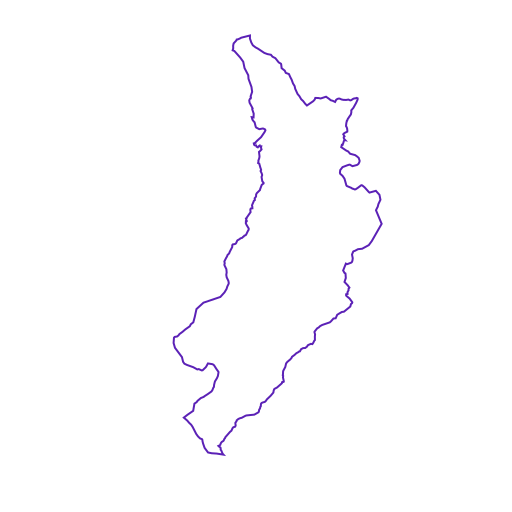 outline of Campeni, Alba, Romania, rotated 204°
{"feature_id": "2599482B40303754210637", "entity_name": "Campeni", "entity_type": "district", "adm_level": 2, "iso_a3": "ROU", "parent_name": "Romania", "parent_adm1": "Alba", "projection": "orthographic", "projection_center": [23.042, 46.415], "detail": "fine", "context": "isolated", "style": "outline", "palette": "violet", "viewbox_px": 512, "rotation_deg": 204, "n_neighbors": 0, "source": "geoboundaries", "source_scale": "gbopen_adm2", "svg_char_len": 6101}
<svg xmlns="http://www.w3.org/2000/svg" viewBox="0 0 512 512"><g transform="rotate(204 256 256)"><path d="M358.3,449.4L359.0,448.4L360.5,446.7L361.7,445.9L361.6,445.0L362.9,441.1L362.4,438.8L361.3,436.5L361.0,434.4L359.2,434.5L357.4,433.7L351.2,430.9L346.7,428.3L342.9,423.0L336.6,418.0L334.9,414.8L328.9,408.6L326.3,404.4L325.9,400.1L325.7,399.3L325.2,399.0L325.1,398.2L324.9,397.8L325.4,397.3L325.5,396.3L325.4,395.3L324.2,393.4L319.4,389.7L319.1,389.4L319.3,388.8L319.1,388.5L316.0,385.1L314.6,381.6L316.4,381.1L314.7,379.1L312.8,378.0L311.7,377.6L308.7,373.8L308.0,373.4L304.6,373.2L301.7,375.2L301.0,375.4L299.1,375.3L298.5,374.6L298.6,372.6L299.7,366.6L301.8,361.9L302.8,359.3L302.6,359.0L303.8,358.0L303.0,356.9L302.3,356.6L300.9,357.1L299.9,356.1L298.5,356.0L298.0,357.7L297.5,358.5L296.7,357.8L295.8,358.3L295.5,357.0L294.3,355.6L295.0,353.5L295.6,352.3L293.4,348.6L293.1,347.8L292.8,346.4L292.6,344.0L292.1,343.1L291.9,341.8L290.6,341.7L288.6,339.3L288.4,339.0L287.0,337.5L286.3,336.7L286.4,335.5L284.6,334.0L283.5,332.8L283.2,332.1L283.1,330.5L280.7,326.9L278.7,325.8L278.6,325.3L278.9,324.8L279.7,323.3L279.4,318.6L279.2,317.9L280.8,313.8L280.9,312.8L280.9,312.2L280.2,310.5L280.3,309.5L280.7,308.2L279.8,306.7L280.4,305.5L280.3,304.1L280.3,301.1L280.1,300.3L279.5,299.7L278.7,298.1L280.1,297.2L280.1,296.3L279.6,295.2L278.8,293.9L280.1,287.2L279.9,286.6L280.4,286.1L279.0,284.4L278.6,284.2L278.7,283.6L279.3,283.5L278.6,281.7L276.9,280.3L274.3,278.5L273.7,277.9L273.4,276.8L273.6,275.5L273.7,271.8L273.9,270.8L274.9,269.9L275.2,268.7L275.6,268.3L275.9,267.3L276.2,266.8L277.4,265.8L277.8,264.8L279.3,262.8L279.4,262.3L279.4,259.7L279.7,258.8L280.7,257.9L281.8,257.3L282.0,256.8L282.1,256.2L281.4,254.7L281.4,254.0L281.7,249.2L281.6,247.8L281.7,247.1L282.4,245.4L282.3,243.7L282.5,242.2L282.7,238.2L281.6,236.6L281.4,235.3L281.0,234.7L277.7,231.9L276.1,229.0L275.5,226.7L274.1,224.6L271.1,222.0L270.0,220.4L269.7,219.6L269.8,216.4L269.5,214.0L270.0,209.9L271.9,204.1L285.0,192.0L288.8,183.3L287.2,175.6L286.3,169.9L287.8,167.1L287.9,164.9L290.7,160.2L292.3,156.8L294.2,153.5L294.5,152.0L295.3,150.4L297.4,149.0L297.7,148.0L295.9,143.0L292.7,139.2L282.5,133.5L279.6,129.7L277.6,128.5L274.8,128.4L268.1,128.9L263.5,128.5L262.3,129.4L259.0,129.4L258.3,129.9L256.7,133.8L256.5,134.7L256.2,138.3L252.0,139.4L250.8,139.4L249.7,139.0L246.4,136.8L243.2,134.9L242.9,134.4L242.0,130.8L242.0,128.4L242.5,124.7L241.9,121.3L241.2,119.3L241.4,118.4L241.3,115.6L241.6,114.1L243.9,110.2L246.2,106.7L246.4,106.1L248.6,103.8L250.5,99.9L250.8,98.3L252.2,96.1L250.4,89.0L254.0,83.1L256.2,79.0L251.9,77.7L249.2,76.4L246.6,75.5L244.4,74.1L238.2,69.1L235.6,67.6L232.9,66.6L230.8,66.7L230.2,66.2L229.5,65.0L228.1,63.2L224.9,59.8L219.9,57.0L216.2,57.8L211.6,59.5L204.9,61.3L206.2,61.9L208.6,64.2L209.3,64.5L209.7,65.0L210.2,66.2L210.7,66.6L212.7,67.0L213.1,67.2L212.2,68.2L211.8,69.0L212.0,70.2L211.9,71.3L211.6,72.3L210.6,73.8L210.5,74.4L210.5,76.2L210.2,77.0L210.3,77.9L210.1,78.6L208.2,84.8L207.4,86.4L207.4,89.1L207.2,89.9L207.0,90.4L205.7,91.5L205.6,92.2L205.7,93.0L206.7,94.6L207.0,95.3L206.6,97.1L206.8,98.0L205.8,100.0L204.4,101.5L203.3,102.3L200.6,105.8L199.8,106.5L193.0,110.4L190.2,114.2L190.1,115.0L190.6,116.9L190.5,117.7L190.3,118.1L190.7,120.0L190.5,120.6L191.3,122.9L191.1,124.0L190.3,124.9L188.6,126.3L188.0,127.8L187.8,129.3L185.8,134.2L184.6,138.3L185.1,140.2L185.2,141.4L185.1,142.1L183.3,144.4L180.6,150.3L180.9,151.3L180.7,151.6L179.6,152.2L179.6,152.8L182.0,156.1L182.4,157.5L183.1,158.0L183.2,158.8L184.2,161.3L184.4,162.3L184.1,166.5L184.8,170.1L184.2,172.4L183.7,173.1L183.4,174.0L182.8,175.0L182.1,177.2L182.1,178.6L180.6,181.2L179.6,183.6L178.2,185.4L177.8,186.3L177.1,186.8L176.9,189.2L175.5,191.0L173.6,192.0L172.5,194.1L172.4,195.4L172.0,196.0L170.1,198.1L168.7,198.4L168.4,199.7L168.3,202.3L168.0,203.2L169.4,206.2L170.2,208.5L171.7,210.3L171.7,210.9L170.7,214.8L169.6,216.3L169.0,217.9L167.5,219.9L161.6,225.4L160.9,226.9L159.8,230.4L157.9,231.5L157.9,235.4L154.9,239.7L153.0,240.9L149.3,248.2L149.7,250.7L149.1,251.9L149.1,252.6L149.2,252.9L153.2,255.2L157.1,256.3L157.6,256.6L158.1,257.7L156.9,258.6L157.6,259.9L157.7,260.4L157.5,262.3L158.1,263.6L157.8,265.1L159.3,265.9L159.8,266.3L164.6,268.3L165.0,272.4L167.0,276.2L167.3,276.5L168.2,276.5L170.5,278.2L170.8,285.6L169.7,285.5L169.2,285.8L166.3,288.7L166.0,289.3L165.9,289.9L166.1,291.3L166.7,293.3L168.9,296.4L169.0,299.6L168.6,300.2L167.8,300.9L165.6,303.7L162.0,305.8L157.4,311.8L156.3,316.7L154.3,336.5L165.0,346.6L164.9,349.9L164.8,350.4L165.3,353.2L165.2,358.0L168.1,362.1L173.0,364.3L178.1,360.1L178.9,360.3L184.7,362.9L187.6,363.7L188.6,363.5L190.8,359.5L192.1,357.5L192.7,357.0L194.8,356.9L195.3,356.7L196.5,357.0L201.4,356.9L202.1,357.2L206.6,362.6L209.5,364.4L212.6,365.4L213.2,366.2L214.0,368.7L213.1,372.4L209.5,376.0L207.9,377.4L207.4,377.6L204.4,377.3L200.8,380.2L200.2,381.1L199.8,382.1L199.8,384.3L200.1,385.2L202.1,387.4L204.4,388.1L206.5,388.5L211.6,387.7L214.4,389.0L216.3,389.0L222.4,390.1L222.8,392.5L222.1,392.7L222.2,394.6L222.5,396.7L222.3,397.9L221.5,398.1L223.3,398.9L223.7,399.4L224.1,399.9L224.2,400.5L223.8,401.3L225.8,402.7L225.4,403.9L224.9,404.7L223.2,406.7L223.4,407.4L224.6,409.5L225.5,410.5L226.6,411.3L227.5,414.0L228.0,416.4L227.8,416.5L227.8,417.1L227.9,418.9L227.6,419.9L227.5,420.9L226.9,423.9L227.4,426.2L228.2,427.8L227.3,431.0L226.8,436.7L226.8,440.0L227.0,440.9L227.3,441.4L228.3,441.4L229.4,440.4L230.4,439.9L231.4,438.8L232.3,437.2L233.2,436.5L235.2,436.5L237.0,435.3L239.6,434.2L241.5,433.8L243.6,433.8L244.6,433.4L245.5,432.6L246.3,431.3L246.4,428.9L248.9,429.0L251.2,428.7L252.8,429.2L256.8,430.0L261.0,426.2L263.6,425.6L266.1,424.5L266.0,422.8L266.7,420.7L270.7,414.2L273.0,415.1L275.9,416.7L278.5,417.6L281.4,419.7L283.9,420.9L288.2,424.7L289.8,426.9L292.4,428.7L295.2,431.6L297.6,433.5L299.9,435.6L303.3,435.4L305.1,437.0L309.0,438.0L310.8,441.1L311.4,441.8L314.0,442.1L318.8,444.6L322.0,444.8L324.2,445.9L327.7,445.1L331.0,444.9L338.5,446.2L341.2,446.4L344.6,447.2L347.2,449.2L350.0,452.2L351.2,455.0L358.3,449.4Z" fill="none" stroke="#5b21b6" stroke-width="2"/></g></svg>